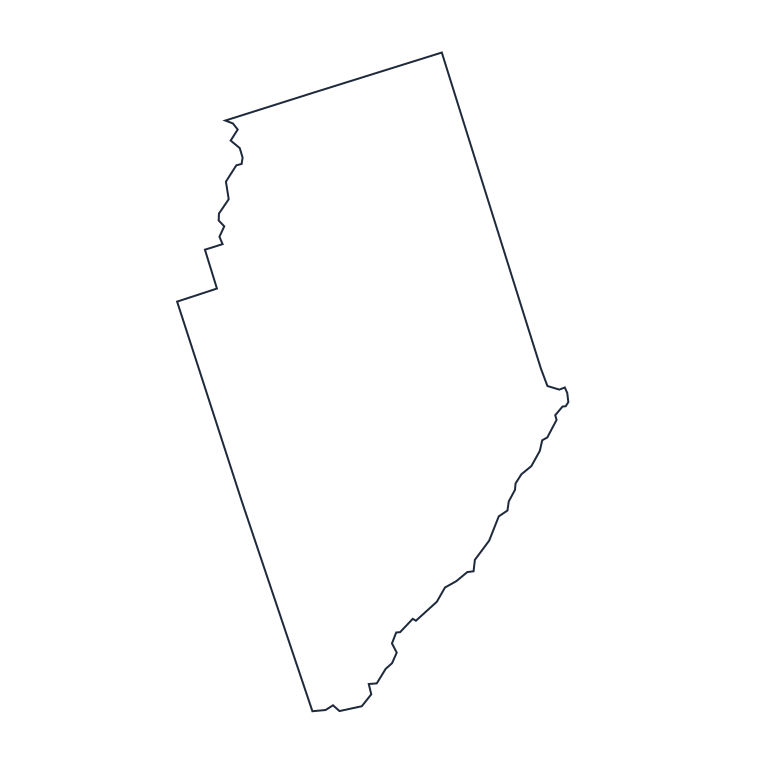 outline of Saguache, Colorado, United States of America, rotated 72°
{"feature_id": "52423323B75261730281757", "entity_name": "Saguache", "entity_type": "district", "adm_level": 2, "iso_a3": "USA", "parent_name": "United States of America", "parent_adm1": "Colorado", "projection": "orthographic", "projection_center": [-106.091, 38.103], "detail": "fine", "context": "isolated", "style": "outline", "palette": "slate", "viewbox_px": 768, "rotation_deg": 72, "n_neighbors": 0, "source": "geoboundaries", "source_scale": "gbopen_adm2", "svg_char_len": 964}
<svg xmlns="http://www.w3.org/2000/svg" viewBox="0 0 768 768"><g transform="rotate(72 384 384)"><path d="M673.1,553.2L676.0,540.3L673.8,531.8L681.3,527.4L683.6,504.7L675.2,492.0L664.6,491.2L666.5,483.4L655.4,470.4L652.0,462.6L643.4,454.9L633.2,456.6L624.1,449.2L625.0,445.4L616.2,429.2L619.0,426.8L607.4,401.0L596.4,388.9L593.8,376.0L588.6,362.9L589.8,356.7L579.3,351.9L565.5,332.4L545.3,315.7L542.5,305.7L534.2,301.6L525.1,292.1L519.2,289.6L512.3,281.2L507.6,269.2L495.8,256.5L486.4,250.9L485.3,245.2L471.5,231.0L466.6,230.8L460.6,221.2L461.3,218.1L458.2,214.3L449.2,212.5L443.2,213.1L443.5,219.0L436.4,229.2L417.9,230.0L371.9,229.6L177.5,227.6L86.6,226.6L85.1,361.2L84.4,453.5L89.5,447.2L96.8,444.5L105.1,454.6L115.1,448.3L124.9,448.5L130.7,451.4L130.4,456.9L142.7,471.8L160.3,474.6L170.9,488.3L177.4,490.7L184.7,487.2L193.1,495.0L201.1,494.3L200.9,512.8L241.6,513.4L241.7,555.3L451.1,555.5L673.1,553.2Z" fill="none" stroke="#1e293b" stroke-width="2"/></g></svg>